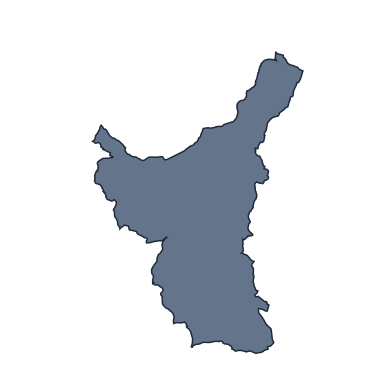 Valisoara, Hunedoara, Romania (Mercator projection), rotated 10°
{"feature_id": "2599482B24491913052778", "entity_name": "Valisoara", "entity_type": "district", "adm_level": 2, "iso_a3": "ROU", "parent_name": "Romania", "parent_adm1": "Hunedoara", "projection": "mercator", "projection_center": [22.814, 46.034], "detail": "fine", "context": "isolated", "style": "filled", "palette": "slate", "viewbox_px": 384, "rotation_deg": 10, "n_neighbors": 0, "source": "geoboundaries", "source_scale": "gbopen_adm2", "svg_char_len": 6043}
<svg xmlns="http://www.w3.org/2000/svg" viewBox="0 0 384 384"><g transform="rotate(10 192 192)"><path d="M169.3,290.0L169.4,287.9L169.9,287.9L169.7,288.1L170.2,289.1L171.5,290.0L174.8,289.4L176.2,290.4L179.2,291.6L180.2,292.6L180.5,294.0L180.4,295.0L179.1,296.7L178.8,297.5L179.4,299.0L180.8,300.1L182.3,307.3L183.8,308.8L186.3,310.7L187.1,311.0L188.3,311.0L191.2,312.9L192.0,313.1L194.5,315.1L195.9,317.7L196.1,319.4L196.0,321.9L196.8,324.7L199.1,323.4L205.0,322.6L207.1,321.2L208.4,322.2L210.6,324.9L209.9,325.5L210.6,326.3L213.2,327.8L214.8,329.7L218.1,336.4L218.6,340.8L218.2,344.7L219.2,344.8L219.3,344.0L220.6,342.5L222.7,341.3L225.9,340.3L229.0,338.1L235.1,337.2L237.6,336.4L237.6,336.2L238.0,335.9L241.9,334.8L245.1,334.5L245.7,333.9L246.4,333.8L248.0,334.1L248.8,335.4L250.4,335.9L253.3,335.7L254.9,336.0L257.7,337.4L258.1,337.8L258.7,339.9L260.1,339.8L261.3,340.7L262.5,341.2L264.8,340.1L267.1,339.6L269.4,339.5L273.2,340.0L276.9,338.4L282.9,339.8L285.7,338.6L288.1,337.9L288.9,337.1L289.8,336.7L290.2,336.0L291.1,335.2L294.2,333.5L293.1,331.4L296.0,330.1L296.8,329.2L298.7,326.1L296.7,323.2L293.9,313.8L293.3,312.9L287.9,309.3L284.3,304.8L280.5,300.9L279.5,300.3L278.6,299.0L277.6,295.7L278.0,295.2L282.2,295.4L284.2,296.2L286.6,296.4L287.4,290.1L287.1,289.7L285.3,289.4L285.2,288.0L284.8,287.4L283.5,287.0L282.9,287.5L275.3,283.3L273.1,284.2L271.7,282.9L272.0,282.0L273.1,280.9L273.7,279.8L273.5,279.6L274.0,277.9L272.9,278.0L271.8,277.2L269.4,273.4L268.6,271.1L267.9,270.1L267.6,267.6L267.8,265.8L267.6,264.2L267.2,263.3L266.8,263.4L265.8,256.7L264.3,255.1L264.0,255.1L263.5,253.4L263.7,252.2L264.6,250.9L265.1,249.6L263.8,249.5L261.9,248.7L257.5,244.9L251.2,243.5L252.4,242.3L252.7,241.2L252.0,238.3L251.1,236.1L251.4,234.6L250.2,230.1L250.4,229.4L251.5,230.0L252.8,228.8L253.6,227.4L254.6,226.5L255.0,225.2L256.0,225.4L256.1,225.0L258.5,224.7L259.3,223.8L258.9,222.9L256.1,221.4L254.8,220.3L253.5,218.5L253.3,215.9L253.5,213.8L253.5,213.3L254.6,211.8L254.6,211.4L252.4,208.1L251.5,205.7L252.3,201.7L253.5,200.3L253.7,198.9L254.8,197.0L254.9,196.3L254.5,194.5L254.8,191.0L255.1,189.8L256.3,187.4L256.4,185.5L256.4,184.0L254.8,180.5L254.0,179.3L253.5,176.6L252.6,174.8L252.6,172.8L253.8,170.9L257.2,171.6L258.2,171.3L260.2,171.5L261.0,170.3L261.2,168.1L262.7,167.7L264.5,166.2L264.8,164.4L264.6,163.7L263.4,162.8L263.8,159.6L263.5,157.8L261.9,156.7L258.9,156.5L259.3,154.1L257.8,153.9L255.3,148.6L254.2,147.5L253.6,146.4L252.4,144.9L251.4,145.1L249.1,144.2L247.5,142.3L247.2,141.5L247.6,141.4L247.5,139.8L247.2,139.8L246.6,137.8L249.2,138.0L249.3,137.7L249.3,135.0L250.6,131.6L251.1,130.9L252.3,131.1L253.7,129.8L254.0,126.4L253.7,124.2L253.9,124.0L253.7,123.9L253.8,123.4L253.1,123.1L253.1,122.2L253.2,120.9L254.3,118.5L254.4,111.2L254.6,110.4L256.5,107.1L258.4,104.7L261.2,103.2L263.0,102.6L263.8,101.8L264.1,101.3L264.3,100.0L264.7,98.6L268.4,94.8L269.3,93.0L271.6,91.5L271.8,87.7L272.5,84.3L272.4,82.9L272.7,82.2L272.6,81.7L272.8,81.1L274.1,80.5L274.8,79.7L274.5,76.0L274.8,73.1L275.2,72.2L275.3,71.0L276.2,68.7L276.3,66.1L277.9,65.6L279.2,61.9L280.2,53.4L278.9,53.3L276.4,52.5L275.3,51.8L274.7,51.0L269.3,49.9L266.9,49.8L264.1,48.8L262.6,47.1L261.5,45.4L259.9,44.1L258.8,43.6L258.5,43.1L258.2,41.5L252.1,41.0L250.8,40.4L250.1,39.2L250.8,45.1L250.5,46.6L251.1,47.2L252.0,47.4L252.4,47.9L248.4,47.6L244.6,47.9L240.7,49.7L240.0,50.4L237.7,54.0L238.1,55.0L237.3,55.7L237.3,56.0L237.6,56.4L236.8,57.9L237.2,59.0L236.6,60.3L236.9,62.5L236.1,63.6L236.6,65.0L236.1,66.6L236.3,67.7L236.0,70.2L235.5,71.0L235.5,73.3L235.9,74.2L235.2,76.7L234.1,78.0L232.8,79.1L230.4,82.1L228.8,82.7L228.4,83.4L228.4,85.0L229.0,88.0L228.2,91.0L227.7,91.6L226.8,92.7L224.3,93.5L222.8,94.7L221.7,96.3L221.2,98.4L221.3,99.8L222.5,103.4L223.3,105.0L223.4,107.4L222.9,111.4L220.5,115.5L211.9,119.9L210.7,121.5L209.6,122.3L205.4,123.1L202.1,125.0L198.7,126.0L196.8,125.9L192.5,127.3L191.7,128.2L191.7,130.5L190.8,133.9L190.8,135.3L190.1,137.0L189.3,137.5L188.5,141.6L187.4,142.2L186.3,143.4L185.0,145.6L182.4,147.1L179.1,150.6L177.4,152.8L162.2,164.1L160.1,165.0L159.0,164.8L157.1,162.5L156.2,162.4L151.5,163.8L145.0,164.8L144.1,165.0L142.8,165.8L139.5,169.0L137.4,169.7L135.5,168.8L133.6,168.5L131.6,167.5L129.1,167.3L127.4,167.5L126.5,167.3L123.4,165.8L122.1,166.0L120.6,164.8L118.9,162.8L118.6,161.0L118.9,160.1L115.2,157.1L110.9,154.3L108.3,153.8L106.6,152.6L105.3,152.7L103.1,152.1L101.2,150.8L96.8,145.7L95.8,145.2L94.8,145.3L93.7,144.9L92.8,143.5L90.9,142.0L90.3,143.6L90.0,147.1L89.6,147.8L88.8,150.3L87.2,153.5L87.5,154.4L87.2,155.1L87.2,157.2L85.3,159.5L86.8,159.7L87.7,160.5L88.7,160.7L91.1,159.5L92.0,159.7L94.0,161.3L94.2,161.6L94.3,163.3L94.8,163.7L97.3,164.6L97.4,165.0L96.9,165.5L97.7,165.8L98.4,165.6L99.4,166.2L104.6,167.6L104.9,167.9L105.0,168.5L104.6,169.1L104.8,170.3L107.6,170.9L108.1,171.6L103.9,173.2L98.3,174.4L94.2,178.4L93.8,179.6L93.9,180.7L94.8,181.6L95.5,185.4L94.9,186.4L95.0,187.3L95.4,187.8L94.6,187.9L94.1,188.4L93.3,192.8L93.9,195.1L94.1,198.1L94.6,198.3L95.2,199.6L95.7,200.2L99.2,200.5L101.0,201.3L102.3,202.8L102.7,203.8L103.7,204.3L104.5,206.0L104.3,206.8L105.3,206.9L105.3,207.8L106.4,207.8L106.5,208.8L107.2,209.3L107.9,210.4L108.0,211.0L107.8,211.6L109.9,214.0L114.7,214.9L116.8,213.0L119.4,215.2L119.5,215.6L119.2,218.5L118.4,221.4L117.8,222.4L117.9,223.7L119.2,225.1L119.7,228.2L120.3,229.8L122.5,231.8L123.0,232.8L123.6,233.6L124.7,237.2L127.0,239.6L127.4,240.9L128.4,239.0L129.8,238.1L131.2,236.3L135.2,236.7L135.9,237.7L136.4,239.4L136.9,240.1L137.4,240.3L139.8,240.2L143.8,240.6L144.2,240.7L145.4,242.5L146.3,243.0L150.1,243.9L153.1,245.2L154.7,245.2L155.9,245.6L156.3,246.3L155.6,248.2L155.7,249.4L156.0,250.0L158.6,249.5L161.7,248.2L163.0,247.3L164.2,247.1L166.5,246.1L170.5,245.3L171.6,244.5L174.6,241.0L175.1,241.1L173.6,242.8L171.9,245.9L171.7,247.3L171.7,249.3L173.0,253.0L173.0,254.0L171.0,258.3L169.9,259.3L169.4,261.0L169.1,263.6L169.5,266.6L167.9,269.4L166.5,272.6L165.8,274.7L165.8,276.5L166.7,279.4L168.7,281.3L168.6,285.6L169.3,290.0Z" fill="#64748b" stroke="#1e293b" stroke-width="1.5"/></g></svg>